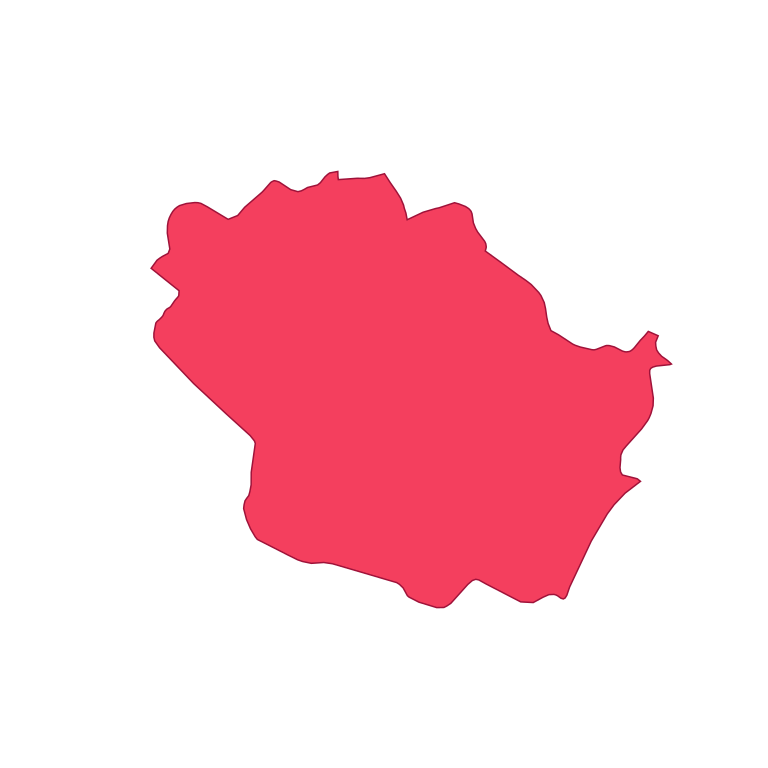 SVG path tracing the border of Dundgovi, rotated 36°
{"feature_id": "MNG-3325", "entity_name": "Dundgovi", "entity_type": "Province", "adm_level": 1, "iso_a3": "MNG", "parent_name": "Mongolia", "parent_adm1": "", "projection": "albers", "projection_center": [106.117, 45.486], "detail": "fine", "context": "isolated", "style": "filled", "palette": "rose", "viewbox_px": 768, "rotation_deg": 36, "n_neighbors": 0, "source": "natural_earth", "source_scale": "10m", "svg_char_len": 2774}
<svg xmlns="http://www.w3.org/2000/svg" viewBox="0 0 768 768"><g transform="rotate(36 384 384)"><path d="M487.7,242.7L496.2,241.6L513.2,240.8L515.9,240.3L521.1,238.7L531.9,234.1L533.9,232.9L535.4,231.2L540.7,222.9L541.6,221.9L543.7,220.5L548.6,218.6L557.6,217.2L560.0,216.3L561.2,215.6L563.2,213.7L564.0,212.5L564.8,210.1L565.2,207.5L565.7,198.1L566.5,192.2L566.9,186.1L577.5,183.8L579.2,190.6L581.6,193.5L584.6,196.2L587.9,197.5L592.3,198.4L599.6,198.3L604.8,198.9L603.9,200.3L593.8,209.4L591.5,212.4L590.6,214.6L590.9,216.7L592.8,219.4L610.2,237.1L614.5,243.5L617.3,250.9L618.4,255.5L618.8,258.6L618.8,268.9L616.4,292.1L616.1,296.8L617.3,302.1L618.6,304.3L620.0,306.2L624.1,313.0L627.1,316.1L630.3,317.5L644.7,311.8L648.7,312.0L643.2,330.6L641.1,346.4L641.0,357.9L644.0,389.3L653.5,439.1L656.1,447.5L656.3,450.7L655.4,452.5L653.1,453.3L648.9,453.3L647.1,453.6L645.2,454.3L641.2,457.5L638.0,463.0L633.2,473.1L622.7,479.9L584.0,485.8L575.8,486.8L573.0,488.1L571.0,491.0L569.6,496.9L567.0,522.1L565.3,526.7L563.8,529.6L558.1,533.9L540.4,540.0L529.4,541.7L527.3,541.5L519.3,537.7L514.2,537.0L511.0,537.2L448.0,559.7L440.2,563.8L430.6,571.8L422.4,575.5L417.4,577.0L407.5,578.7L372.9,584.2L369.6,583.3L361.1,579.6L352.5,574.5L343.7,567.3L341.8,564.0L340.2,560.1L340.1,556.8L340.2,553.8L338.8,550.0L335.8,543.7L328.5,533.5L314.8,507.7L312.6,506.2L306.1,504.4L274.8,501.0L229.7,495.5L181.2,486.6L173.2,483.9L170.4,481.5L167.9,478.0L163.6,468.8L163.6,467.1L163.8,466.0L164.3,464.2L164.9,460.6L165.0,458.8L164.8,457.6L164.4,456.2L164.1,454.5L164.0,453.5L164.1,452.5L164.2,451.6L164.4,450.7L165.4,448.5L165.7,447.7L165.9,446.9L165.9,445.9L165.7,439.9L165.8,437.9L166.1,435.0L166.1,434.1L166.1,433.4L165.5,432.3L163.4,429.0L127.6,427.3L127.6,417.3L128.6,414.0L129.8,410.9L132.6,405.2L131.4,400.7L120.0,389.3L115.8,383.2L113.8,379.3L112.7,375.9L112.0,372.1L111.7,368.5L111.9,365.5L112.6,362.7L113.7,359.9L118.0,354.2L124.3,348.4L126.9,346.7L129.7,345.5L136.9,344.5L161.1,342.4L166.6,333.7L167.4,322.9L172.6,300.5L172.9,298.3L173.9,287.5L174.5,286.0L175.6,284.1L177.4,283.2L180.5,282.2L194.3,281.6L201.3,279.0L203.6,276.3L205.1,273.4L206.6,270.0L213.3,262.0L214.2,258.5L214.5,251.1L215.2,247.6L216.0,245.2L221.7,239.2L224.6,243.0L226.9,245.5L241.3,233.4L247.4,229.1L251.2,225.5L260.8,213.6L270.6,217.4L280.7,220.9L288.2,223.9L294.6,227.7L297.0,229.8L301.2,232.8L306.2,237.5L314.7,222.0L322.7,211.6L324.9,209.2L334.5,195.9L338.7,194.3L345.6,192.5L349.5,192.3L352.0,192.8L353.1,193.2L355.2,194.6L361.6,201.1L366.7,204.3L370.4,206.0L381.6,209.4L383.9,210.7L385.8,212.6L386.5,213.6L387.8,216.9L408.0,216.9L428.4,217.1L437.7,216.8L444.7,217.0L455.4,219.0L459.0,220.2L465.7,223.9L470.3,228.0L476.4,234.3L481.1,238.5L487.7,242.7Z" fill="#f43f5e" stroke="#9f1239" stroke-width="1.5"/></g></svg>